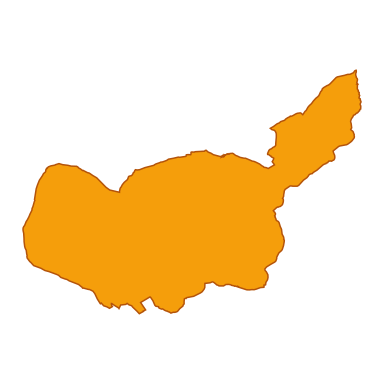 the district of Sura Mare, Sibiu, Romania
{"feature_id": "2599482B88459780268124", "entity_name": "Sura Mare", "entity_type": "district", "adm_level": 2, "iso_a3": "ROU", "parent_name": "Romania", "parent_adm1": "Sibiu", "projection": "equal_earth", "projection_center": [24.193, 45.89], "detail": "fine", "context": "isolated", "style": "filled", "palette": "amber", "viewbox_px": 384, "rotation_deg": 0, "n_neighbors": 0, "source": "geoboundaries", "source_scale": "gbopen_adm2", "svg_char_len": 5973}
<svg xmlns="http://www.w3.org/2000/svg" viewBox="0 0 384 384"><path d="M333.1,151.0L338.6,146.5L339.7,146.0L346.7,144.7L348.3,143.8L351.2,141.6L352.1,140.7L354.1,138.0L354.4,136.8L354.1,135.3L354.2,134.5L353.4,132.7L353.4,132.2L352.6,131.1L351.2,130.1L350.7,129.4L351.7,127.9L351.2,123.8L350.6,121.7L350.7,120.8L351.5,118.7L352.8,116.9L353.5,115.3L355.1,114.6L356.4,113.2L357.5,112.9L359.2,110.9L359.6,110.7L359.7,109.9L359.8,109.5L360.7,109.0L360.7,108.2L360.8,106.7L360.6,105.4L360.2,104.8L360.1,104.0L361.0,102.0L360.9,101.2L360.3,100.4L360.4,99.9L360.2,99.6L360.2,98.8L359.0,98.0L359.3,96.5L359.7,95.5L359.0,94.3L359.2,94.0L359.1,93.4L359.2,92.5L358.3,91.6L358.3,90.4L357.3,89.0L357.4,85.0L357.8,84.6L357.0,84.2L357.4,84.0L357.6,83.7L356.8,82.8L357.5,79.8L357.3,78.8L356.3,77.4L356.2,76.5L355.8,75.5L355.7,74.0L355.9,72.9L356.2,72.3L356.3,71.4L356.2,70.3L355.5,70.4L354.6,71.0L353.5,72.7L350.0,74.3L347.5,74.4L344.6,75.3L337.3,76.9L336.1,77.6L330.1,83.8L328.4,85.1L327.2,85.5L323.5,87.7L322.2,89.0L321.9,90.3L320.6,91.8L318.9,95.5L317.7,96.8L315.8,98.3L313.3,101.1L311.5,103.6L309.3,105.6L307.9,107.3L306.1,110.5L305.0,111.4L302.8,114.7L300.8,113.0L300.2,112.9L297.3,113.3L296.0,113.8L292.7,115.7L290.9,116.4L290.3,116.1L289.6,116.8L287.7,117.7L285.6,119.1L284.6,120.3L280.7,121.6L279.3,122.9L277.1,123.8L273.5,126.5L270.3,128.3L271.8,129.6L274.3,130.3L275.3,131.3L276.1,133.0L276.3,134.4L276.3,137.2L275.7,144.1L275.8,144.8L275.6,145.5L274.7,146.6L273.0,147.4L271.5,148.7L269.9,149.4L269.3,149.9L268.8,150.6L267.6,153.5L267.6,154.2L267.7,154.5L268.7,154.6L270.6,156.1L271.1,156.2L271.4,156.9L273.7,158.1L273.7,158.5L273.4,159.6L272.2,161.7L273.7,163.7L274.4,164.9L268.2,168.5L266.2,167.6L264.0,167.3L263.4,166.6L261.9,165.8L259.6,164.0L255.9,162.2L254.0,161.4L252.2,161.1L250.5,160.3L245.5,158.2L244.0,158.2L239.9,157.3L237.5,156.1L235.6,155.4L233.4,153.7L232.6,153.3L229.9,153.5L229.0,154.2L228.6,153.9L228.5,154.1L227.7,153.8L227.0,153.9L227.0,154.4L225.2,154.8L225.2,155.1L224.3,154.8L224.4,155.2L224.6,155.5L223.9,155.9L224.2,156.3L224.2,156.5L223.2,157.0L222.8,156.8L223.3,156.1L222.9,155.3L222.4,155.6L222.3,156.5L222.5,156.8L221.7,157.1L221.9,156.8L221.6,156.6L221.6,156.3L221.4,156.2L220.8,156.5L219.7,156.4L213.4,154.7L211.0,153.2L208.2,152.1L206.2,150.3L205.3,150.4L204.5,151.2L195.1,151.7L194.3,152.1L191.6,152.0L191.0,152.3L191.0,153.9L190.7,154.7L187.9,154.6L186.4,154.8L186.2,155.0L186.2,155.9L185.7,156.4L179.7,157.3L178.3,157.1L173.7,158.2L168.4,159.2L167.2,160.1L165.7,160.8L162.6,161.9L160.4,162.2L159.9,162.6L156.0,163.9L154.4,164.8L153.9,165.3L145.0,167.6L139.6,169.7L137.2,170.0L135.5,169.7L134.9,170.3L134.2,172.0L133.2,172.9L133.0,173.7L131.9,175.3L131.1,175.8L130.1,175.9L128.6,176.5L128.2,177.9L127.9,178.2L127.9,178.7L127.4,179.6L124.2,182.4L122.4,184.6L121.2,186.9L120.2,188.2L119.5,191.3L119.5,192.3L109.7,190.0L105.9,187.2L96.7,177.8L92.9,175.6L89.3,173.1L87.4,172.6L83.1,170.4L82.7,170.6L80.4,168.9L79.0,168.2L77.7,166.9L76.6,166.3L71.1,166.1L67.9,165.3L62.8,164.7L59.0,163.6L55.4,164.7L54.9,165.1L50.8,165.9L48.5,166.8L46.8,168.2L47.1,168.4L46.0,169.5L45.8,170.1L45.7,171.3L45.3,172.1L43.5,173.6L42.5,175.6L39.4,180.2L37.5,184.9L36.2,188.8L34.5,199.6L34.9,200.4L34.3,201.7L32.9,206.7L32.1,208.4L31.9,210.3L30.0,214.1L29.0,216.6L27.3,219.9L26.2,221.5L24.6,225.5L23.8,226.5L23.2,227.7L23.0,229.0L23.1,230.6L23.7,233.4L24.0,238.0L24.1,241.7L24.7,246.6L25.3,248.5L26.2,250.2L26.7,253.9L27.1,255.5L26.9,256.6L27.2,258.1L29.8,261.6L30.8,262.4L33.7,265.6L40.8,268.2L44.9,270.5L49.0,271.6L56.6,274.4L58.6,275.3L60.8,277.4L64.8,278.9L67.1,279.5L69.1,280.8L78.6,284.5L82.1,287.3L82.6,288.1L83.5,288.1L88.3,289.4L89.4,289.5L90.6,290.0L93.0,291.2L94.8,293.6L97.4,299.1L100.3,303.7L100.5,303.8L101.3,303.1L103.7,305.8L106.8,306.8L109.5,308.3L112.4,306.6L111.8,305.8L111.4,304.5L111.4,303.5L111.8,303.5L113.5,304.8L118.7,308.0L119.0,308.5L120.7,305.0L125.8,304.4L127.1,303.4L128.9,304.8L131.6,305.7L132.7,307.1L137.0,311.2L139.3,313.7L143.3,311.5L143.1,311.2L145.6,309.9L140.6,302.5L149.8,297.0L150.2,297.0L150.7,297.5L152.9,300.7L154.9,305.3L155.8,306.2L158.5,306.7L158.8,307.7L159.3,308.2L161.5,309.1L162.6,308.9L164.7,310.3L166.3,311.0L167.5,311.2L168.1,311.7L169.5,312.1L170.9,313.1L173.2,312.3L174.9,312.3L176.8,311.8L177.7,311.2L179.8,308.6L182.9,306.1L183.2,305.0L184.1,303.9L184.1,301.3L184.4,298.8L185.9,298.2L186.1,298.4L186.8,297.6L193.7,296.3L200.5,292.9L202.2,291.7L204.2,289.0L204.8,287.4L204.9,283.4L210.1,282.8L212.2,281.9L212.7,281.9L213.8,282.4L215.7,283.9L216.7,284.9L217.7,285.1L219.0,285.9L223.6,285.9L225.9,284.5L228.8,284.4L230.9,284.8L231.4,285.3L233.9,285.8L234.4,286.2L235.0,286.0L237.3,286.7L237.7,286.3L238.0,286.6L238.4,286.7L238.3,287.1L246.7,289.8L249.3,289.9L251.9,289.6L254.1,289.7L256.3,289.1L260.4,287.6L263.9,287.3L264.0,286.9L264.0,285.1L265.2,285.0L265.6,284.8L265.7,284.0L265.6,283.4L265.9,282.9L265.8,282.5L267.5,279.8L268.0,277.5L267.9,274.8L266.4,271.9L265.0,270.3L264.9,268.9L266.6,266.9L270.6,264.4L274.7,262.1L275.8,261.1L276.7,258.7L276.7,257.4L276.9,256.8L278.9,252.9L281.6,250.5L282.3,249.4L283.5,245.7L284.2,241.7L284.3,240.1L283.7,239.4L283.9,238.7L283.6,237.0L282.1,234.1L281.5,229.3L280.2,226.4L279.1,222.7L278.3,221.5L277.1,220.9L276.1,219.9L275.7,218.2L275.1,217.4L275.2,216.8L274.6,215.8L275.3,214.9L275.5,213.8L274.7,212.2L274.0,211.7L273.3,210.7L276.4,207.8L277.4,207.1L278.3,207.1L279.0,206.7L280.4,206.4L282.1,205.0L282.8,203.8L282.7,203.4L283.1,202.6L283.4,200.9L283.3,199.3L283.0,198.7L282.6,198.5L283.6,196.4L283.8,193.8L284.0,193.2L284.3,191.0L285.1,189.4L289.9,186.1L290.7,185.9L293.0,186.2L297.2,186.2L298.7,185.4L303.5,180.1L306.9,177.7L308.3,176.0L308.7,175.2L309.6,174.4L310.7,173.9L312.3,173.6L313.1,172.6L315.7,170.9L316.7,170.4L323.0,164.9L324.6,164.0L325.9,163.7L326.2,163.1L327.6,162.7L328.7,161.2L330.5,161.0L331.7,161.2L332.6,160.5L333.7,160.1L334.4,159.2L334.8,157.9L334.8,156.7L334.6,155.2L333.6,153.0L333.1,151.0Z" fill="#f59e0b" stroke="#b45309" stroke-width="1.5"/></svg>